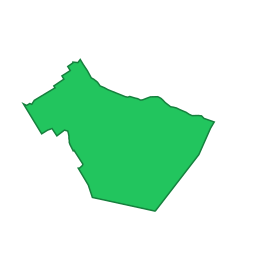 outline of Kuala Selangor, Selangor, Malaysia, rotated 148°
{"feature_id": "92858781B52521968148522", "entity_name": "Kuala Selangor", "entity_type": "district", "adm_level": 2, "iso_a3": "MYS", "parent_name": "Malaysia", "parent_adm1": "Selangor", "projection": "albers", "projection_center": [101.325, 3.38], "detail": "fine", "context": "isolated", "style": "filled", "palette": "green", "viewbox_px": 256, "rotation_deg": 148, "n_neighbors": 0, "source": "geoboundaries", "source_scale": "gbopen_adm2", "svg_char_len": 1112}
<svg xmlns="http://www.w3.org/2000/svg" viewBox="0 0 256 256"><g transform="rotate(148 128 128)"><path d="M51.7,87.4L58.5,95.9L59.2,99.3L61.7,101.3L67.1,104.5L68.9,107.2L70.4,110.5L72.5,113.5L74.5,116.4L76.3,119.3L78.5,121.6L80.6,123.4L83.0,129.9L83.7,133.5L84.4,135.8L86.0,138.5L86.4,138.9L92.5,142.5L96.8,143.4L100.6,144.1L102.6,145.0L104.2,147.7L106.4,149.9L109.8,153.8L111.8,154.2L113.7,156.0L124.7,171.1L126.7,174.7L129.4,178.5L129.6,183.0L131.2,187.5L132.6,190.0L132.1,198.1L132.3,205.6L132.2,211.4L135.8,210.0L139.8,213.1L140.3,212.4L146.5,212.1L146.5,207.3L156.4,207.2L156.5,203.4L168.6,203.0L168.6,200.7L178.7,200.9L192.8,201.1L195.1,200.0L197.1,199.1L198.3,200.8L200.7,200.8L202.2,201.1L203.9,203.9L204.1,187.2L204.3,168.8L197.3,168.8L192.7,167.8L192.5,159.0L183.0,159.9L181.8,158.5L180.7,157.5L181.3,155.3L182.4,152.4L183.7,150.3L184.4,148.5L185.5,146.8L186.0,144.5L186.6,137.6L185.6,137.6L185.4,121.2L186.2,120.6L187.3,120.2L190.2,119.7L191.5,120.3L191.5,120.0L191.9,100.7L195.0,88.0L148.8,42.9L148.9,43.1L82.0,67.9L58.1,84.1L51.7,87.4Z" fill="#22c55e" stroke="#15803d" stroke-width="1.5"/></g></svg>